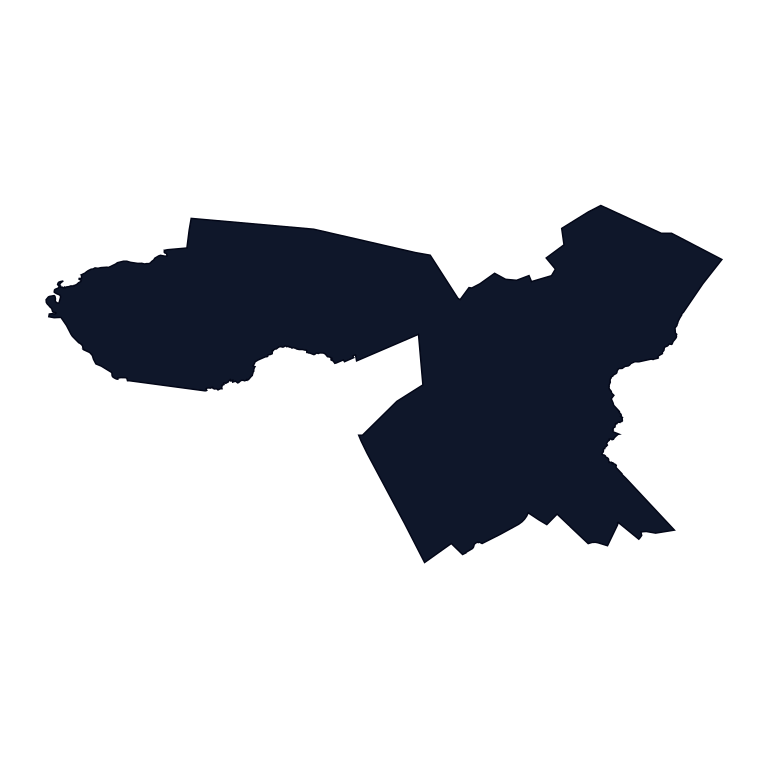 the district of Twenterand, Overijssel, Netherlands
{"feature_id": "6326949B38031413121416", "entity_name": "Twenterand", "entity_type": "district", "adm_level": 2, "iso_a3": "NLD", "parent_name": "Netherlands", "parent_adm1": "Overijssel", "projection": "natural_earth1", "projection_center": [6.573, 52.439], "detail": "fine", "context": "isolated", "style": "filled", "palette": "ink", "viewbox_px": 768, "rotation_deg": 0, "n_neighbors": 0, "source": "geoboundaries", "source_scale": "gbopen_adm2", "svg_char_len": 6017}
<svg xmlns="http://www.w3.org/2000/svg" viewBox="0 0 768 768"><path d="M674.4,530.1L625.8,478.2L622.9,475.4L621.6,474.0L621.9,473.7L616.1,467.6L616.0,466.6L616.3,465.3L614.8,464.1L612.6,463.7L613.2,463.1L612.6,462.7L611.8,462.8L611.3,462.2L609.3,462.5L609.3,461.9L608.5,460.5L608.6,459.3L608.1,458.4L606.7,457.4L605.5,457.0L605.4,456.0L604.3,455.1L602.3,454.7L601.9,454.3L602.3,453.1L603.3,451.8L603.5,450.0L603.2,449.4L603.8,448.7L604.7,448.6L605.1,447.1L605.9,446.7L607.4,445.1L606.5,443.6L607.7,441.5L609.3,440.2L609.1,439.2L610.3,438.7L610.5,439.1L611.8,439.2L612.1,439.7L612.7,439.3L613.4,439.3L614.3,437.8L615.7,436.4L618.0,434.4L619.1,434.2L613.3,431.9L612.7,431.0L613.3,430.1L612.6,429.2L613.2,428.7L613.3,427.9L614.9,427.1L615.1,426.5L614.9,425.8L615.2,425.2L615.6,424.5L615.4,423.9L615.6,423.5L616.0,423.4L616.8,423.7L617.3,422.9L618.4,422.1L620.0,422.4L620.2,421.8L621.8,421.5L622.4,420.8L622.2,418.8L621.9,418.5L622.5,417.5L621.0,416.5L621.3,416.4L621.1,415.8L621.3,415.2L620.9,414.2L619.1,412.2L619.4,411.5L613.7,405.3L613.0,402.8L611.5,399.4L611.4,398.6L613.9,395.3L611.9,393.4L611.3,392.1L611.3,391.4L609.3,388.9L609.0,387.6L609.2,386.6L609.1,385.1L610.3,382.2L610.1,380.8L610.2,379.5L610.7,378.3L611.2,377.9L611.0,377.1L612.9,376.0L613.1,375.2L616.1,373.5L616.8,372.7L617.2,370.8L618.6,368.6L622.2,368.4L625.0,366.4L628.3,365.9L629.5,365.1L630.9,363.5L634.8,361.7L638.9,361.8L651.1,359.1L653.2,359.5L654.0,359.1L657.9,358.2L658.3,357.9L657.8,356.8L658.9,355.6L662.4,353.6L662.3,352.3L663.9,350.4L664.3,347.9L664.9,347.0L667.6,345.9L669.2,344.0L671.6,344.4L672.1,344.0L673.1,341.5L674.9,339.4L676.1,337.8L676.5,336.7L676.3,335.3L676.7,334.3L675.4,333.1L675.0,327.9L676.9,325.6L677.1,324.3L677.6,323.4L678.1,321.4L679.7,318.2L681.8,314.8L681.7,313.9L683.4,312.3L702.9,283.7L721.9,259.5L671.6,233.3L661.3,233.3L600.8,205.5L588.5,211.8L561.7,228.4L564.0,244.8L546.2,258.0L555.4,269.1L551.5,275.7L531.5,281.6L529.0,275.6L516.6,280.3L505.6,279.3L494.6,273.3L479.9,283.8L471.8,288.0L469.0,287.6L460.1,299.7L457.9,298.3L430.2,255.2L415.5,252.6L313.7,229.2L191.2,218.4L189.2,229.9L186.9,248.0L167.6,249.7L164.5,250.3L165.0,250.8L164.3,251.4L164.2,252.1L164.8,252.9L166.5,253.5L167.1,255.6L167.0,255.9L165.1,256.2L160.5,255.3L158.7,255.9L154.8,258.2L153.7,260.0L151.5,261.6L150.5,262.9L148.9,263.6L146.5,263.6L144.7,264.0L141.8,263.3L137.8,263.4L130.4,262.3L126.8,261.2L123.5,261.2L117.4,262.7L115.5,264.1L108.6,267.4L106.8,267.2L101.0,267.6L98.0,268.3L95.0,267.9L93.0,269.0L91.1,269.2L88.1,270.7L86.2,272.0L85.3,272.9L81.2,274.9L81.5,275.1L81.6,278.2L81.2,278.5L79.2,278.4L79.0,279.1L81.2,280.4L81.3,280.7L81.1,281.2L80.4,281.8L78.6,282.7L76.9,284.3L75.0,285.3L74.1,285.4L74.0,285.9L70.2,286.0L69.8,286.5L66.1,287.0L65.3,287.7L64.6,287.1L64.1,287.9L63.1,287.8L62.7,287.2L60.7,287.3L60.7,286.1L59.7,285.4L59.8,284.5L60.8,282.8L62.8,281.3L62.7,281.1L60.3,281.6L58.8,282.2L57.9,283.3L57.9,284.0L57.6,284.5L59.0,286.3L59.1,287.1L57.9,288.2L55.2,289.3L54.5,290.0L54.2,291.8L54.3,292.3L56.8,293.8L59.6,294.9L60.4,296.0L60.6,296.7L60.5,297.4L59.1,302.5L58.7,303.0L58.3,303.2L57.0,302.8L55.8,301.9L55.2,300.3L55.5,299.0L55.1,296.9L54.9,296.2L54.1,295.6L49.6,296.4L48.4,296.9L46.1,299.7L46.3,302.3L46.8,303.2L47.6,304.4L48.5,305.1L49.8,306.8L51.7,308.5L52.6,311.6L53.7,312.3L55.6,312.6L56.0,312.9L55.7,313.7L54.8,314.0L53.7,314.0L52.7,313.6L49.3,314.0L48.8,316.7L54.1,317.7L60.4,317.4L61.1,317.6L66.5,325.5L71.0,334.2L72.4,336.3L78.8,342.8L79.8,343.2L81.7,344.7L82.7,346.3L82.8,347.4L83.3,349.0L83.9,349.4L83.3,349.4L83.6,349.7L89.7,352.5L91.8,354.8L92.4,355.7L93.5,359.3L95.9,363.9L101.3,366.1L111.4,372.3L112.0,373.4L112.0,375.1L112.4,376.4L113.0,377.1L114.4,378.0L116.4,379.0L117.8,379.2L117.8,378.1L120.8,377.6L125.5,377.7L126.8,378.1L127.5,380.7L129.2,380.7L204.7,390.8L205.9,390.8L206.8,390.3L206.1,389.4L206.0,388.8L207.1,388.1L207.9,387.9L210.8,388.1L212.0,387.2L212.7,387.3L213.0,388.4L214.6,389.0L216.5,388.7L218.0,389.9L220.1,388.8L222.0,388.7L221.7,387.7L222.1,385.8L221.9,385.4L224.0,384.5L223.6,383.3L224.3,382.8L225.8,383.3L227.0,382.5L227.9,382.3L228.5,381.2L230.2,379.5L230.5,379.8L230.2,380.4L230.5,380.9L231.6,380.9L232.3,380.2L233.1,380.2L233.1,380.5L232.6,381.2L232.7,382.1L235.5,381.2L237.7,382.9L238.7,382.5L240.3,381.0L241.6,380.3L243.6,380.3L243.9,380.6L244.7,380.8L246.2,380.2L246.8,380.3L246.7,379.6L246.9,379.4L247.5,379.8L248.4,379.7L251.5,376.1L252.3,375.5L252.3,374.7L252.7,373.9L253.0,372.3L253.8,371.1L253.7,370.4L253.9,368.9L254.6,367.2L255.0,366.7L252.9,365.8L254.3,363.8L255.1,361.8L258.1,360.0L264.0,357.4L265.7,356.7L267.0,356.7L267.7,356.3L268.1,354.8L270.4,354.5L272.2,353.7L272.3,352.0L272.0,351.1L272.2,350.5L273.4,350.6L273.6,349.8L274.8,349.1L276.4,348.9L278.9,346.9L280.1,346.8L281.0,346.4L281.9,347.0L283.0,347.1L283.9,346.8L285.2,345.7L286.7,346.7L287.3,346.4L288.2,346.6L288.7,346.4L289.3,347.1L290.4,347.0L292.0,348.1L293.1,347.5L294.8,348.1L295.6,348.0L296.1,348.7L296.8,349.0L299.1,349.5L302.5,349.5L304.9,350.1L305.9,350.1L306.8,350.5L306.8,352.3L307.1,352.2L308.3,352.9L310.0,353.1L313.8,354.6L314.7,354.4L315.9,353.4L316.8,353.0L318.3,353.5L319.8,352.9L323.4,353.0L325.4,354.1L327.3,356.5L328.1,356.9L329.0,356.7L331.9,358.2L332.1,358.5L332.1,358.9L331.0,359.1L331.1,360.0L333.2,361.0L334.8,363.3L335.7,362.9L335.9,363.1L343.4,359.9L344.5,361.7L353.8,357.6L352.7,355.9L355.2,354.8L355.5,354.9L356.6,360.9L418.5,334.3L422.9,384.9L396.9,401.3L362.5,435.2L358.7,435.2L361.2,441.2L367.1,453.3L404.7,523.7L424.6,562.5L451.3,543.5L462.6,554.5L465.8,552.9L465.6,552.6L472.5,548.5L473.5,547.1L474.3,544.2L476.4,542.6L477.6,542.1L478.2,542.6L479.2,542.1L482.1,543.5L500.3,534.3L518.6,524.3L522.1,521.7L524.5,519.2L526.6,516.2L528.2,512.8L538.9,519.9L546.8,524.6L557.1,514.1L568.9,525.3L569.5,525.7L570.2,526.6L588.2,543.6L592.1,542.4L595.6,542.3L598.1,542.8L607.5,545.7L617.4,525.2L617.8,523.9L617.5,522.7L618.1,522.3L638.8,539.2L639.9,538.0L641.7,535.4L640.9,532.1L642.9,531.7L646.3,531.5L655.6,533.1L674.4,530.1Z" fill="#0f172a" stroke="#020617" stroke-width="1.5"/></svg>